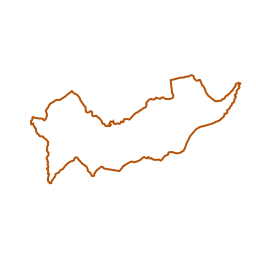 outline of Laulara, Aileu, East Timor, rotated 17°
{"feature_id": "22284137B18374352558819", "entity_name": "Laulara", "entity_type": "district", "adm_level": 2, "iso_a3": "TLS", "parent_name": "East Timor", "parent_adm1": "Aileu", "projection": "equal_earth", "projection_center": [125.578, -8.625], "detail": "fine", "context": "isolated", "style": "outline", "palette": "amber", "viewbox_px": 256, "rotation_deg": 17, "n_neighbors": 0, "source": "geoboundaries", "source_scale": "gbopen_adm2", "svg_char_len": 5822}
<svg xmlns="http://www.w3.org/2000/svg" viewBox="0 0 256 256"><g transform="rotate(17 128 128)"><path d="M186.7,134.6L187.5,133.9L187.8,133.3L188.4,130.6L188.4,129.0L188.5,126.1L189.8,117.7L190.2,116.7L192.8,110.7L193.6,109.2L194.8,107.8L196.7,105.8L198.0,105.1L203.7,101.6L205.0,100.6L206.9,99.4L208.3,98.3L211.5,95.4L212.0,95.0L213.0,94.5L213.3,93.6L213.8,93.2L214.3,92.5L214.9,91.2L215.9,89.8L216.3,88.9L216.4,88.1L216.2,86.7L216.2,86.1L216.9,85.7L217.8,85.5L218.1,85.0L218.3,84.3L218.3,83.5L217.8,82.7L217.6,82.0L218.8,80.7L219.1,80.1L219.5,79.0L219.5,78.1L219.8,77.1L220.2,76.5L220.5,75.4L220.4,74.8L220.5,73.7L220.9,73.4L221.4,73.0L221.7,72.4L221.8,71.7L221.8,71.0L221.5,70.5L221.4,68.4L222.1,67.4L222.1,66.7L221.7,66.1L220.8,65.9L220.5,65.1L220.7,64.6L221.2,64.1L221.6,63.4L221.6,62.3L221.0,60.8L221.1,60.2L221.4,59.8L222.0,58.2L222.6,57.3L222.7,56.5L222.2,55.7L221.7,55.4L221.5,54.9L221.5,54.3L222.3,53.3L222.3,52.5L220.9,52.7L220.5,52.4L219.3,53.4L218.7,54.1L218.2,54.9L218.3,55.7L218.6,56.4L217.9,58.1L217.2,60.3L217.2,61.0L217.0,61.7L216.5,62.0L215.9,62.8L215.5,64.6L214.7,65.8L214.3,66.1L213.9,66.7L213.8,67.4L213.5,68.0L212.7,68.2L212.3,68.8L211.9,69.8L211.8,70.7L211.6,71.6L211.1,72.0L210.1,72.5L209.4,74.3L208.8,74.8L207.7,75.1L206.3,75.8L205.1,76.5L203.4,76.8L195.2,73.6L194.2,72.7L192.0,71.0L190.9,69.3L189.9,68.1L188.8,66.7L188.2,66.4L185.9,64.9L185.2,63.8L182.8,61.0L182.3,61.0L181.0,62.2L180.1,62.6L179.4,62.6L177.7,61.9L177.0,61.4L176.3,60.6L175.7,59.5L175.1,59.1L174.1,58.9L173.4,58.9L172.5,59.3L172.0,59.9L170.0,61.5L168.4,62.0L166.7,63.2L165.4,64.0L164.5,64.0L162.0,65.4L158.7,67.5L156.3,68.9L154.8,69.8L157.1,75.2L159.2,79.8L159.6,81.1L160.0,81.6L160.2,81.8L160.7,82.4L161.5,83.0L161.9,83.7L162.0,84.4L162.0,85.5L161.8,86.2L161.3,86.8L159.5,88.0L158.3,88.5L155.5,89.2L153.4,88.6L152.1,88.6L151.6,88.8L151.2,89.4L150.3,90.7L145.9,90.9L145.5,92.2L145.1,92.5L144.6,93.1L143.7,93.4L142.8,93.5L141.6,93.4L140.2,94.4L139.5,95.3L139.2,96.2L138.2,98.4L138.2,99.0L138.4,99.6L138.9,100.0L139.0,102.3L138.9,102.7L138.3,103.6L136.7,104.7L135.5,106.8L134.5,107.6L133.2,109.2L132.9,109.9L132.2,110.5L131.4,110.9L131.1,111.5L129.8,113.3L129.3,114.6L128.0,117.0L127.7,117.9L127.5,118.6L127.0,119.3L126.7,119.6L125.4,119.5L124.6,119.6L123.9,120.0L123.5,120.3L123.0,120.4L122.3,120.3L121.9,120.6L121.6,121.3L121.6,122.1L121.9,123.4L121.7,123.7L121.0,123.9L119.8,123.8L119.4,124.1L119.4,125.3L119.2,125.9L118.7,126.4L118.2,126.7L116.9,126.5L116.3,126.8L114.7,128.0L113.2,127.8L112.8,127.2L111.9,125.8L111.5,126.7L111.1,126.9L110.5,126.9L110.0,126.7L109.5,126.8L109.2,127.5L109.3,128.4L108.9,129.4L109.2,130.0L109.6,129.9L110.6,130.0L110.2,131.4L109.6,131.7L109.2,131.8L108.7,131.5L108.0,131.5L107.3,132.4L106.0,132.6L105.6,132.2L105.0,131.8L104.6,131.4L104.2,131.1L103.7,131.0L103.2,131.2L102.7,131.2L102.2,131.1L101.7,130.6L100.9,129.2L99.4,128.1L97.6,127.0L96.9,126.7L96.0,126.6L94.2,125.6L93.6,125.7L92.3,126.5L91.5,126.8L90.8,126.8L90.3,126.5L89.8,125.8L89.2,123.6L88.8,123.2L88.4,122.9L87.8,122.8L87.3,122.8L86.6,123.6L86.3,124.2L85.8,124.6L84.0,125.1L83.5,125.0L82.6,124.1L82.3,123.2L81.8,121.6L81.5,120.9L81.2,120.4L79.8,119.7L76.4,117.0L75.2,116.1L74.3,115.2L73.2,113.7L72.0,112.6L69.6,111.2L68.8,110.9L67.7,110.7L67.0,110.8L66.0,110.5L63.5,109.1L62.9,110.3L61.9,111.6L60.9,112.7L59.0,115.9L58.0,117.1L57.3,118.1L56.5,118.7L54.8,120.9L53.6,121.5L52.1,121.7L50.4,122.8L49.1,125.0L47.3,126.5L46.7,127.3L46.3,128.0L45.8,129.8L45.6,131.8L44.5,134.4L44.3,135.2L44.5,135.9L45.7,137.5L46.3,138.3L46.8,139.5L46.9,140.3L46.7,143.2L46.0,145.0L45.2,145.2L43.5,144.1L43.1,144.1L40.4,144.9L38.3,145.1L36.7,145.5L35.1,145.3L34.3,145.3L34.0,145.4L33.6,145.7L33.6,145.8L33.8,146.6L34.1,147.0L34.1,147.3L33.9,148.3L33.7,148.7L33.5,149.4L33.3,149.7L33.3,150.1L33.8,151.5L34.2,152.4L34.5,152.7L34.9,152.5L35.4,152.1L35.8,151.5L36.3,151.9L36.8,152.9L37.7,154.0L38.3,154.2L39.3,155.3L40.1,155.4L40.5,156.4L40.6,157.3L41.0,158.0L42.9,159.9L43.4,160.0L44.3,160.1L45.5,161.2L46.1,161.6L46.7,161.6L48.0,161.2L49.4,161.1L50.6,162.1L53.4,163.0L54.0,163.4L54.4,163.9L55.7,164.5L55.9,165.6L55.9,166.3L56.2,167.0L56.5,167.5L56.5,168.1L56.2,169.2L56.2,169.8L56.9,171.7L56.8,172.4L56.9,173.0L57.1,173.5L57.7,174.1L58.3,174.5L58.8,174.6L59.2,174.8L59.4,175.7L59.8,176.4L59.5,178.5L58.9,180.3L59.2,181.2L60.4,182.2L60.6,182.8L60.7,183.4L61.8,184.4L61.8,185.6L61.8,186.3L62.1,187.0L62.6,187.5L62.9,187.9L63.1,188.7L63.2,189.5L62.5,190.1L62.4,190.8L63.6,191.1L64.2,192.5L64.7,194.1L64.7,195.1L65.5,195.4L66.0,195.3L66.3,200.4L66.6,200.9L67.0,201.8L67.3,202.3L68.4,202.9L69.2,203.6L69.8,203.5L70.7,203.2L70.5,202.0L70.5,201.4L71.8,197.2L72.3,195.9L72.5,195.3L72.3,193.3L72.7,192.4L74.0,191.7L74.4,191.6L75.7,188.2L76.2,187.6L77.6,186.4L78.4,184.4L79.0,182.7L80.4,179.9L80.9,179.1L83.0,176.7L84.6,175.8L85.7,174.6L85.7,173.9L86.0,171.9L86.5,171.6L87.7,171.1L88.2,171.2L90.7,173.2L92.9,174.3L94.3,175.3L96.5,176.1L97.9,176.5L99.2,176.8L101.3,178.9L101.9,179.8L102.0,180.5L102.6,181.1L105.1,181.9L107.0,183.9L107.6,184.4L108.1,184.4L109.5,183.5L109.2,181.5L110.2,178.2L110.7,177.2L113.8,172.9L115.2,172.7L116.3,173.4L117.2,173.7L123.7,172.9L125.8,172.5L127.0,172.4L131.7,171.9L132.2,171.7L132.6,171.3L134.3,167.2L134.4,166.4L135.0,165.4L139.8,160.1L141.1,159.1L142.7,158.9L143.6,159.0L144.2,158.9L145.3,158.0L146.1,157.6L147.1,156.8L148.9,155.2L149.8,153.9L151.3,151.5L151.7,151.1L152.2,151.1L154.5,151.6L155.3,151.3L155.6,150.6L155.8,150.0L156.2,149.8L157.4,150.6L158.0,150.8L159.1,150.0L159.8,150.4L161.0,150.7L161.9,150.8L164.8,150.1L166.4,149.2L166.8,149.1L167.9,149.5L168.9,149.5L169.3,149.1L170.6,145.9L171.6,143.9L172.4,143.1L174.0,141.9L174.1,141.1L173.9,139.9L174.2,139.4L175.4,138.7L177.4,138.1L178.6,138.1L179.6,138.2L180.2,138.1L182.2,137.9L183.1,137.6L185.2,136.4L186.7,134.6Z" fill="none" stroke="#b45309" stroke-width="2"/></g></svg>